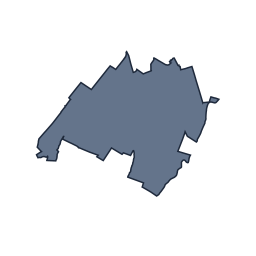 the district of Tortoman, Constanta, Romania, rotated 163°
{"feature_id": "2599482B73045613488071", "entity_name": "Tortoman", "entity_type": "district", "adm_level": 2, "iso_a3": "ROU", "parent_name": "Romania", "parent_adm1": "Constanta", "projection": "natural_earth1", "projection_center": [28.254, 44.36], "detail": "fine", "context": "isolated", "style": "filled", "palette": "slate", "viewbox_px": 256, "rotation_deg": 163, "n_neighbors": 0, "source": "geoboundaries", "source_scale": "gbopen_adm2", "svg_char_len": 5314}
<svg xmlns="http://www.w3.org/2000/svg" viewBox="0 0 256 256"><g transform="rotate(163 128 128)"><path d="M208.6,148.5L210.2,147.5L215.3,144.3L216.3,143.7L217.6,141.5L217.7,141.2L217.7,140.9L218.9,138.7L218.9,138.4L219.1,138.3L220.4,136.2L218.3,132.0L217.8,131.1L217.6,130.7L218.7,130.5L220.5,130.0L223.3,129.2L223.2,128.2L222.8,126.0L222.8,125.9L222.0,125.8L221.7,125.8L221.1,125.6L220.4,125.3L219.8,125.2L218.4,125.5L217.5,125.5L216.5,125.2L215.0,124.2L214.6,124.0L214.3,124.0L213.9,124.1L213.4,124.3L213.2,124.4L213.2,123.9L213.5,123.2L215.1,120.7L213.8,120.2L206.7,117.7L206.6,117.9L205.5,119.1L205.2,119.4L205.1,119.6L204.9,120.1L204.6,120.6L204.3,121.1L204.3,121.5L204.2,121.6L203.9,122.2L203.7,122.8L203.5,123.5L203.4,123.6L203.1,123.9L202.6,124.5L202.1,125.0L201.6,125.4L201.5,125.5L201.4,125.6L201.6,125.9L201.8,126.0L201.7,126.3L201.7,126.5L201.8,126.8L201.9,127.3L202.2,127.6L202.3,127.7L202.4,127.8L202.1,128.1L200.9,128.7L200.7,128.9L200.5,129.1L200.3,129.4L200.1,129.8L199.5,130.6L199.4,131.1L198.6,131.7L198.1,132.0L197.8,132.4L197.5,132.9L197.0,133.6L196.7,134.2L196.6,134.7L196.3,135.0L193.0,138.0L192.6,138.4L192.2,138.8L192.0,138.7L192.7,138.0L192.8,137.6L193.3,137.1L193.8,136.5L188.1,131.2L186.3,129.6L182.5,126.0L182.1,125.6L181.6,124.8L181.3,124.3L181.1,124.2L181.2,123.8L180.8,123.3L180.3,123.2L171.7,116.1L164.5,110.7L166.2,109.6L162.6,105.6L161.2,104.1L155.4,108.9L149.6,113.7L141.4,104.6L140.9,104.8L139.7,105.6L133.6,101.0L133.4,101.2L129.9,104.7L129.6,104.8L129.3,104.7L129.3,104.4L129.3,103.6L129.5,101.9L130.0,100.9L130.0,100.7L130.5,98.6L130.6,98.1L131.3,97.3L131.6,96.8L132.2,95.7L132.3,95.3L132.5,94.8L132.9,94.2L133.3,93.6L133.6,93.3L133.8,92.8L133.9,92.6L134.2,92.0L134.6,91.4L135.0,91.1L135.3,90.8L135.5,90.5L135.5,90.4L136.9,88.5L137.2,87.7L137.7,87.0L137.9,86.2L138.1,85.9L138.5,85.4L139.7,84.7L140.2,83.8L140.7,83.2L142.0,82.0L142.5,81.3L142.6,81.1L129.2,71.0L131.7,67.4L130.9,66.6L125.6,60.9L125.3,60.5L125.2,60.5L121.7,56.1L120.5,54.6L118.5,55.2L118.0,55.4L117.6,55.7L116.6,56.6L115.0,57.6L114.2,58.2L113.0,59.1L111.8,60.0L110.8,60.8L110.2,61.4L109.7,62.0L109.2,62.7L108.7,63.2L108.1,63.4L106.4,64.1L105.6,64.4L105.3,64.6L104.7,65.1L103.6,65.8L102.8,66.3L102.4,66.5L101.6,66.7L100.2,67.0L99.3,67.1L98.1,67.3L96.8,67.8L95.9,68.3L95.3,68.8L95.0,69.2L94.5,70.1L94.0,70.8L93.5,72.0L92.9,72.9L92.6,73.3L92.3,73.6L91.7,73.8L90.3,74.3L88.9,74.6L88.4,74.9L88.2,75.3L87.9,76.3L87.3,78.3L87.0,79.4L86.5,80.1L85.8,80.5L85.1,80.9L84.8,81.1L84.1,81.1L83.7,81.0L83.3,80.7L83.0,80.4L82.8,79.9L82.2,78.4L81.9,78.0L81.6,77.8L81.3,77.5L80.9,77.4L80.5,77.4L80.3,77.7L80.2,77.9L79.7,78.6L79.2,79.6L78.4,81.2L77.7,82.2L77.2,82.9L76.6,83.4L76.2,83.8L87.2,91.1L79.2,101.2L75.6,106.0L74.5,107.7L73.7,103.0L73.6,102.6L73.0,102.0L66.8,94.7L66.7,94.6L66.2,94.9L65.7,95.3L65.4,95.9L65.1,96.6L64.9,97.0L64.3,97.5L62.9,98.8L61.1,100.6L60.0,101.8L58.5,103.9L55.9,107.0L53.9,109.2L53.1,110.1L52.7,111.1L52.4,111.8L51.9,112.3L51.3,113.1L50.8,113.9L50.6,114.9L50.1,116.4L49.4,118.3L48.7,120.1L47.8,122.0L47.7,122.4L47.0,123.9L45.7,126.0L44.4,127.7L43.4,128.4L42.6,128.7L41.9,128.8L41.2,128.6L40.4,128.3L38.0,126.8L37.4,126.6L36.8,126.6L36.3,126.7L33.7,128.2L32.7,128.9L35.4,130.9L36.9,131.7L37.6,132.2L39.6,133.5L41.8,130.5L42.0,130.0L42.2,129.7L42.6,129.1L42.9,129.1L49.0,130.3L49.1,130.2L49.0,142.8L49.0,148.4L49.0,149.6L49.0,152.2L49.0,153.2L48.9,159.1L48.9,161.8L48.9,164.9L48.9,168.1L53.3,168.1L56.0,168.0L57.0,168.1L60.6,168.3L60.5,168.7L60.2,171.5L60.6,171.6L60.9,171.8L61.0,172.2L60.9,173.2L61.5,173.2L61.9,173.3L62.0,173.8L62.0,174.1L63.4,181.4L64.1,181.5L64.8,181.4L65.0,181.2L65.3,181.0L65.5,180.8L65.6,180.6L65.8,180.5L66.0,180.5L66.3,180.5L66.8,180.5L67.0,180.5L67.2,180.4L67.3,180.4L67.3,180.2L67.2,180.0L67.1,179.9L67.1,179.7L67.5,179.7L68.1,179.7L68.3,179.7L68.8,179.5L68.5,177.9L68.0,177.6L70.3,176.5L71.7,176.6L73.6,177.6L78.5,182.9L79.1,183.5L79.6,184.1L81.2,185.9L82.7,187.4L83.0,187.2L83.1,186.4L83.2,186.1L83.3,185.8L83.5,185.6L83.9,185.2L86.5,183.2L87.2,182.6L87.4,182.4L87.5,182.3L87.6,182.1L87.9,180.9L88.7,178.1L89.1,176.9L89.1,176.7L88.9,176.1L89.0,176.0L89.1,175.9L94.5,175.6L96.2,175.4L97.6,175.3L102.4,181.5L103.1,180.5L103.5,180.3L103.9,180.0L104.3,179.8L104.8,179.7L105.6,179.6L106.7,179.6L106.6,188.4L106.4,192.3L106.3,194.5L106.2,197.0L107.0,201.4L107.3,201.2L107.5,201.1L107.6,200.9L107.8,200.6L107.8,200.3L107.9,199.8L107.9,199.6L107.9,199.4L108.0,199.2L108.4,198.6L108.5,198.4L108.8,197.9L109.0,197.5L109.3,197.1L109.5,196.8L109.9,196.4L110.0,196.4L110.1,196.5L110.3,196.3L110.4,196.2L111.4,195.5L111.3,195.4L111.6,195.2L111.8,195.1L112.0,194.9L112.5,194.6L112.8,194.4L113.1,194.2L113.8,193.7L114.1,193.5L114.3,193.3L115.1,192.8L116.5,191.8L119.6,189.7L122.6,187.6L123.5,188.7L124.9,190.4L125.1,190.7L125.5,190.9L125.6,191.1L125.9,191.4L126.4,192.0L126.9,192.6L127.2,192.4L130.7,190.1L134.7,187.3L141.0,183.0L145.2,180.1L148.4,177.9L151.8,175.5L159.7,185.2L160.0,185.0L165.3,181.4L173.6,175.7L175.0,174.7L175.7,174.2L174.7,172.1L174.8,172.1L180.6,167.8L180.6,167.6L181.4,167.5L181.9,167.5L181.9,167.2L182.1,166.4L182.3,166.3L182.7,166.1L183.4,165.7L184.4,165.0L187.2,163.0L187.4,162.9L187.5,162.8L187.6,162.4L188.6,161.7L189.8,160.9L195.4,156.9L197.7,155.3L199.0,154.4L208.3,148.6L208.5,148.5L208.6,148.5Z" fill="#64748b" stroke="#1e293b" stroke-width="1.5"/></g></svg>